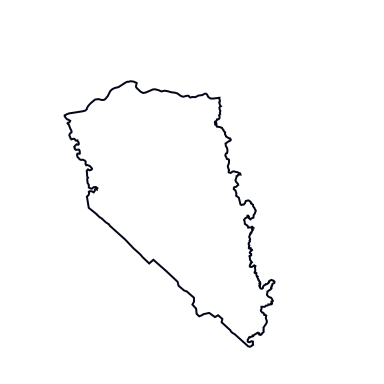 Nahouri, Nahouri, Burkina Faso, rotated 41°
{"feature_id": "67063806B90465948144495", "entity_name": "Nahouri", "entity_type": "district", "adm_level": 2, "iso_a3": "BFA", "parent_name": "Burkina Faso", "parent_adm1": "Nahouri", "projection": "orthographic", "projection_center": [-1.117, 11.253], "detail": "fine", "context": "isolated", "style": "outline", "palette": "ink", "viewbox_px": 384, "rotation_deg": 41, "n_neighbors": 0, "source": "geoboundaries", "source_scale": "gbopen_adm2", "svg_char_len": 6066}
<svg xmlns="http://www.w3.org/2000/svg" viewBox="0 0 384 384"><g transform="rotate(41 192 192)"><path d="M65.4,164.3L64.4,166.7L64.1,169.5L65.5,174.8L65.6,179.0L65.0,180.4L63.4,181.8L60.4,183.3L58.2,185.8L57.3,191.5L57.2,195.0L57.7,197.5L58.3,198.6L58.0,200.7L56.3,203.1L47.6,213.4L46.3,215.9L46.0,217.2L45.6,217.6L46.2,218.4L48.8,219.0L50.4,219.0L51.3,218.5L53.4,218.2L53.8,219.8L53.0,221.0L53.0,221.8L55.0,222.1L58.5,224.0L60.9,224.9L61.9,226.0L61.6,227.6L61.8,229.0L62.3,229.8L64.5,230.7L64.8,231.1L66.5,231.4L67.6,229.6L68.4,229.1L70.7,229.4L71.7,228.2L72.6,228.8L73.7,228.9L75.1,230.0L75.1,231.0L73.6,231.7L73.4,235.0L74.3,235.8L74.8,235.7L75.8,236.5L76.8,236.3L78.8,234.2L80.2,234.6L82.0,236.4L82.1,236.9L80.7,237.8L80.4,238.3L80.6,239.1L82.4,240.6L85.8,241.0L87.2,240.6L88.5,239.2L90.8,238.6L91.9,238.9L93.5,240.9L94.6,241.2L95.1,240.4L97.9,239.4L101.0,239.8L101.5,240.3L101.4,241.2L100.8,242.5L100.3,243.0L99.1,243.0L98.6,243.3L98.7,245.1L103.0,249.3L104.1,249.4L104.4,251.0L107.3,253.7L109.4,254.3L111.2,256.3L113.4,255.8L114.3,255.1L114.7,252.7L116.2,251.3L118.1,251.2L118.1,252.0L118.6,252.6L117.4,253.0L117.1,253.4L117.9,255.1L118.0,256.8L116.6,257.0L115.2,257.7L114.1,258.8L114.0,259.6L115.2,260.5L116.0,262.1L115.7,264.4L124.5,271.7L135.0,271.3L135.0,271.5L138.7,271.6L141.4,271.2L146.9,271.4L150.5,270.9L152.2,271.4L172.6,271.7L184.9,272.9L193.6,273.0L197.7,273.6L206.6,274.0L207.3,268.5L224.6,268.6L240.0,269.2L243.4,271.6L250.6,271.5L253.3,270.5L262.8,270.5L265.4,273.3L266.2,276.7L271.6,277.3L275.4,280.9L279.0,281.1L280.5,278.2L280.7,276.8L284.3,272.0L291.4,271.3L292.6,267.9L298.2,267.9L299.8,270.9L311.8,271.2L312.7,271.7L315.2,271.8L317.3,271.3L335.5,271.6L337.2,270.9L337.7,270.0L337.9,268.4L338.2,268.2L338.4,267.3L336.8,265.9L336.5,265.2L336.0,264.9L334.9,265.5L334.0,267.6L332.9,268.3L332.1,268.3L331.0,266.9L330.7,265.0L330.4,264.4L330.8,263.5L331.3,263.4L331.5,262.6L332.2,261.7L332.5,261.1L332.1,260.7L332.7,260.4L332.4,259.8L334.0,254.9L335.4,254.6L335.8,255.5L336.4,255.5L336.9,254.8L337.4,254.9L337.9,254.0L337.6,252.5L337.9,251.1L337.7,250.3L336.4,249.3L336.3,248.7L334.9,247.4L334.3,242.2L333.4,240.4L330.8,239.0L330.0,238.2L329.2,236.6L328.0,236.6L327.3,237.3L327.0,236.9L326.6,237.0L325.8,236.5L324.8,236.5L324.2,236.9L322.1,236.6L321.5,236.0L321.1,234.5L319.7,233.1L322.0,231.1L322.4,230.4L322.3,229.4L323.5,228.1L323.7,227.4L323.4,226.7L324.4,226.2L324.8,225.6L324.6,225.5L324.8,224.8L325.6,224.6L325.7,223.8L325.2,223.2L324.0,223.0L323.8,222.4L324.5,221.5L324.5,221.1L322.7,220.3L321.1,219.9L319.3,220.7L317.6,220.8L316.1,220.5L315.3,219.4L315.1,218.7L314.2,217.6L315.3,213.7L314.9,213.1L315.1,212.5L314.3,212.1L314.3,211.2L313.8,210.9L313.9,210.2L313.0,208.5L313.8,206.7L313.2,205.6L311.8,205.4L311.5,205.8L310.8,205.8L309.5,206.4L309.0,207.5L309.1,208.2L308.7,208.9L309.3,209.5L309.1,210.3L309.4,210.5L309.4,211.1L308.6,213.0L308.1,213.1L308.1,214.4L307.6,215.2L307.8,217.0L308.5,218.0L308.5,218.4L308.2,219.2L307.2,219.7L306.1,219.6L305.1,219.0L305.4,218.9L305.1,218.4L304.5,218.5L304.1,217.1L303.5,217.2L302.8,216.8L302.8,216.3L303.3,216.0L302.6,215.4L301.2,215.2L300.6,214.7L299.6,214.8L298.8,214.1L296.7,213.3L296.8,212.8L296.0,212.9L294.9,212.3L293.7,211.0L292.5,211.9L291.9,211.6L291.6,210.1L288.7,207.3L288.5,206.3L287.1,206.5L286.5,209.0L285.4,210.1L284.8,210.3L284.7,210.0L284.0,209.8L283.4,208.4L283.5,207.3L283.0,207.1L283.3,205.7L280.8,205.3L279.7,204.6L277.7,202.6L277.4,202.6L277.4,202.3L278.1,201.4L278.1,200.7L277.2,199.9L275.7,200.1L275.4,199.9L275.0,198.3L275.4,197.2L275.4,196.4L275.1,196.2L273.8,196.6L273.0,195.9L272.2,197.1L271.6,197.0L271.3,196.3L270.5,195.6L270.4,194.7L268.9,194.2L268.7,193.6L268.2,193.1L268.3,192.4L268.0,191.1L267.2,190.7L267.1,189.8L266.4,189.2L264.7,188.5L263.7,186.1L263.8,185.5L263.3,185.2L263.5,184.5L263.1,184.1L263.5,183.5L263.0,182.7L262.8,180.6L261.9,180.8L261.2,180.0L261.8,178.8L260.1,178.8L259.9,179.8L259.1,180.8L258.2,181.2L257.8,182.0L256.0,181.0L252.9,181.4L250.8,179.5L249.6,179.0L249.4,177.0L250.3,174.6L250.2,174.0L249.7,174.0L249.4,173.5L249.8,173.0L250.7,173.1L251.4,173.4L252.0,174.4L254.1,174.3L254.1,173.1L255.2,171.0L253.8,169.2L253.5,167.0L252.4,164.2L250.8,163.8L249.9,163.2L247.6,162.7L246.4,161.6L245.2,161.8L244.4,161.5L243.9,161.9L242.8,161.0L240.4,161.2L239.9,161.5L238.5,163.6L239.3,165.6L239.3,167.5L238.4,168.4L238.0,169.3L236.8,169.6L231.1,165.6L227.8,165.9L226.5,164.0L223.9,162.4L221.6,162.4L221.0,161.6L220.8,160.5L222.0,158.9L222.0,157.7L222.3,156.4L221.5,155.8L218.5,155.4L217.0,154.5L215.9,151.7L215.2,150.8L215.8,150.0L215.6,148.8L216.0,148.5L216.5,147.0L217.0,146.9L216.8,146.7L216.1,146.4L215.1,146.9L213.4,147.2L212.0,148.1L210.3,148.7L209.2,150.0L208.7,152.2L206.9,153.1L206.0,152.3L205.6,151.1L204.0,150.4L202.1,149.1L201.0,146.1L199.1,143.7L198.3,143.3L196.5,144.2L195.4,143.4L193.8,142.9L193.0,142.4L192.7,141.6L192.4,140.4L192.9,139.8L192.9,139.4L191.5,137.3L189.4,135.7L187.4,135.1L185.5,133.4L186.5,129.5L187.1,128.6L187.1,127.2L186.4,126.8L185.6,127.0L185.3,126.7L184.6,127.2L181.3,127.8L180.3,127.1L179.5,127.0L178.5,126.3L178.0,125.3L175.9,125.1L175.3,124.6L174.4,124.6L172.6,123.9L171.9,124.3L171.3,124.3L167.9,126.3L167.2,125.8L165.3,125.9L165.0,125.6L165.2,125.3L166.0,124.9L165.6,124.3L165.0,124.0L164.5,125.0L164.1,125.0L163.4,124.1L164.2,123.7L163.6,123.1L163.7,121.8L163.2,120.8L164.4,119.5L164.3,118.3L163.3,116.9L162.1,116.4L162.2,114.7L160.9,113.8L160.2,112.2L158.6,111.5L157.2,110.1L157.1,109.3L157.5,108.3L156.3,108.1L154.2,106.9L153.6,106.3L153.8,105.7L153.2,104.8L151.5,103.7L150.9,102.9L146.3,108.0L144.5,109.3L142.0,109.6L139.1,108.5L137.9,108.7L137.0,109.7L136.2,112.1L133.6,115.0L132.3,118.2L129.9,120.1L128.7,121.8L127.7,122.0L126.6,121.6L126.0,121.9L125.1,122.6L123.1,125.6L121.9,126.4L120.1,126.9L116.3,127.2L113.7,128.4L111.5,130.0L107.0,132.2L104.7,133.7L102.9,136.2L99.7,137.2L96.8,138.7L95.3,140.1L91.8,147.3L90.2,149.3L87.6,150.0L82.0,149.8L80.6,149.3L78.7,146.0L75.5,147.0L72.8,148.8L71.9,150.4L70.9,151.2L70.0,153.1L67.7,161.1L65.4,164.3Z" fill="none" stroke="#020617" stroke-width="2"/></g></svg>